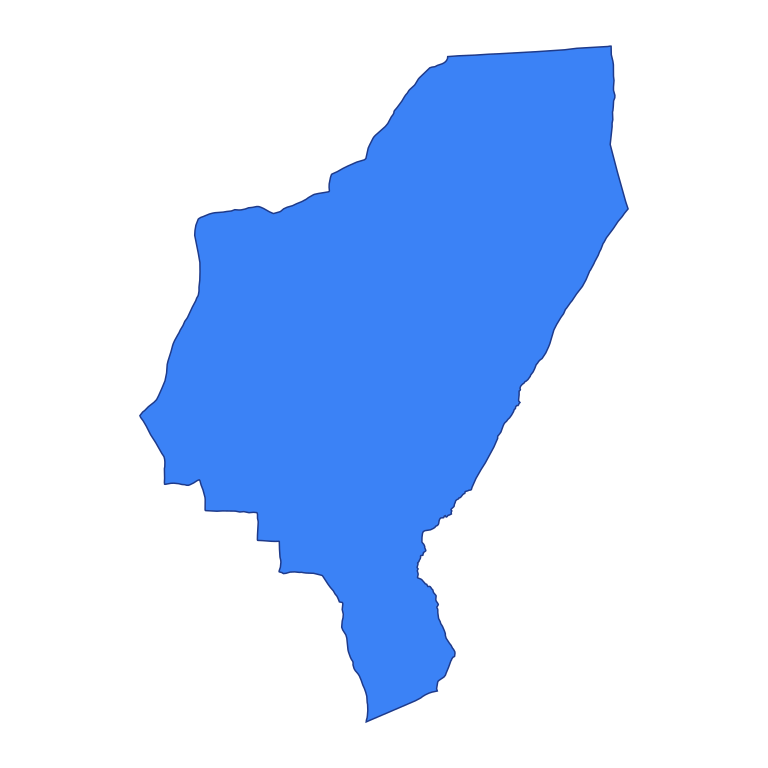 the district of Siha, Kilimanjaro, United Republic of Tanzania
{"feature_id": "72390352B52159147893976", "entity_name": "Siha", "entity_type": "district", "adm_level": 2, "iso_a3": "TZA", "parent_name": "United Republic of Tanzania", "parent_adm1": "Kilimanjaro", "projection": "mercator", "projection_center": [37.068, -3.108], "detail": "fine", "context": "isolated", "style": "filled", "palette": "blue", "viewbox_px": 768, "rotation_deg": 0, "n_neighbors": 0, "source": "geoboundaries", "source_scale": "gbopen_adm2", "svg_char_len": 6094}
<svg xmlns="http://www.w3.org/2000/svg" viewBox="0 0 768 768"><path d="M192.4,307.0L187.6,317.3L186.8,318.6L184.8,321.3L183.0,325.5L180.4,329.8L178.7,333.4L178.2,334.1L174.7,340.4L173.3,343.5L172.6,345.6L171.1,351.3L168.0,361.1L167.2,364.5L166.6,373.0L165.0,380.8L161.9,388.3L158.6,395.7L156.6,399.6L154.1,402.2L148.4,406.7L144.7,410.5L142.7,412.0L139.9,415.6L140.3,416.7L140.9,417.8L143.2,420.9L146.3,426.2L150.6,434.7L155.8,442.8L161.8,453.4L164.0,456.7L164.6,459.2L164.9,462.0L164.8,466.6L164.4,468.6L164.6,478.0L164.4,482.6L164.6,484.2L165.3,484.3L170.9,483.3L173.8,483.2L178.8,483.7L182.0,484.5L184.8,484.7L186.4,485.2L188.2,485.3L189.6,484.9L193.7,482.9L197.2,480.6L199.1,479.8L199.5,480.0L200.0,480.9L201.1,485.0L203.0,489.9L205.0,497.4L205.2,499.6L205.1,509.7L205.3,510.4L205.6,510.6L216.9,511.2L222.7,510.9L235.3,511.1L239.8,512.0L243.8,511.6L249.0,512.7L253.5,512.3L256.7,512.6L257.2,513.1L257.5,514.5L257.5,518.3L258.1,520.9L258.2,522.4L257.5,535.0L257.4,539.7L257.6,540.3L257.8,540.4L262.3,540.6L271.6,541.3L275.3,541.4L278.7,541.3L279.3,541.5L279.5,549.3L280.0,557.1L280.7,560.1L280.9,562.2L280.4,567.2L279.2,570.7L279.1,571.7L279.4,571.9L282.0,572.6L282.4,573.0L283.5,573.6L286.0,573.3L290.1,572.1L294.7,571.9L299.3,572.4L301.7,572.3L303.0,572.6L306.0,573.0L313.6,573.3L320.5,575.0L322.2,575.5L322.8,576.2L328.0,584.2L330.5,587.6L333.3,590.8L335.1,594.0L337.0,596.3L338.1,598.6L339.4,601.9L341.9,602.4L342.3,602.5L342.7,603.2L342.8,604.1L342.2,609.5L343.3,614.2L343.0,617.8L342.2,621.1L341.7,627.2L342.7,629.9L345.8,634.8L346.1,635.7L346.8,638.2L348.0,649.9L348.5,652.0L350.3,657.1L351.4,659.4L352.8,661.5L353.1,663.0L353.0,664.9L354.1,668.7L355.3,670.7L357.9,673.7L359.3,675.8L361.2,680.3L362.8,685.0L364.4,688.5L365.8,692.5L366.8,696.3L367.2,702.5L367.6,704.5L367.8,710.5L367.4,715.6L367.1,717.8L366.4,720.1L366.2,721.9L415.3,700.8L420.8,697.9L422.6,696.5L425.4,694.8L428.8,693.2L432.1,692.1L437.3,691.0L436.6,688.6L437.7,682.1L438.1,681.2L439.4,680.1L444.1,676.9L445.5,675.0L445.9,673.7L448.6,667.2L450.9,660.8L451.5,659.9L451.8,658.9L453.0,657.2L453.8,656.9L454.6,656.3L455.0,653.1L454.8,651.7L453.5,649.3L452.5,648.1L451.1,645.4L449.4,643.2L446.2,638.3L445.4,635.6L445.3,633.5L444.3,630.6L442.5,626.4L440.7,623.5L440.2,621.7L438.6,618.5L437.8,612.7L437.8,609.8L437.6,608.9L436.9,607.7L436.9,607.0L438.0,605.3L438.3,604.4L437.8,603.4L436.3,601.2L435.9,600.2L435.8,599.3L436.1,596.3L436.0,595.5L433.5,592.5L432.8,589.9L431.5,588.6L431.1,587.8L430.2,586.7L429.6,586.4L427.8,586.5L426.7,584.3L425.2,583.8L425.0,583.4L421.8,579.7L420.9,579.1L417.8,577.9L417.5,577.3L418.1,574.7L418.1,573.8L417.3,570.9L417.5,570.1L418.1,568.9L417.3,567.9L417.1,567.3L418.0,564.1L418.0,563.6L417.6,563.2L417.7,562.8L418.9,561.6L419.3,560.3L420.3,558.6L420.6,557.2L420.5,556.2L420.8,555.6L422.8,555.3L422.9,554.2L423.3,553.9L423.4,553.5L423.3,552.9L423.7,552.4L425.6,551.0L425.8,550.3L424.7,547.6L424.7,546.3L424.3,545.5L423.9,544.5L422.2,542.5L421.9,541.7L422.0,537.2L422.5,533.5L422.9,532.3L423.5,531.5L424.8,530.7L430.5,529.8L433.2,528.5L434.8,527.5L435.8,526.2L437.3,525.5L438.2,524.6L438.6,523.7L439.2,520.4L439.7,519.2L440.4,518.2L441.1,517.9L443.6,517.7L444.0,517.0L444.2,516.3L445.2,515.7L445.8,516.7L446.3,517.0L447.1,516.6L448.1,515.3L449.4,515.0L451.4,514.0L451.2,512.1L451.7,511.3L451.8,510.8L451.3,510.3L451.0,509.7L451.3,509.0L454.0,506.5L454.6,503.6L455.1,502.9L455.5,501.3L455.9,500.5L457.1,499.5L458.1,499.1L458.7,498.6L459.0,497.9L460.0,497.7L461.0,496.9L462.7,494.7L463.7,493.8L464.7,493.5L465.0,492.8L465.0,492.0L465.4,491.5L467.9,490.8L468.7,490.3L470.8,490.0L471.4,489.5L472.0,487.4L476.0,478.4L481.1,469.5L485.3,462.9L493.9,447.0L497.7,438.3L497.6,437.2L497.9,435.9L499.0,434.7L500.9,432.1L503.1,426.0L504.0,424.0L505.0,422.6L506.5,421.3L507.9,419.4L509.6,417.8L511.5,415.2L513.5,411.7L514.3,409.4L515.1,408.9L515.5,408.3L515.6,407.0L516.2,406.1L516.9,405.5L517.9,405.6L518.5,404.9L519.0,403.6L520.0,402.5L518.7,401.0L518.6,399.8L519.1,394.9L519.1,391.1L520.0,390.4L520.4,389.6L520.0,388.3L520.3,387.1L520.8,386.0L522.3,384.3L524.0,383.1L525.1,381.5L525.9,381.3L527.9,379.6L530.2,376.4L530.7,375.0L533.1,371.9L534.7,368.6L536.2,364.7L537.5,363.2L538.6,361.5L539.9,360.1L542.1,358.5L545.8,352.9L548.6,346.8L549.9,343.5L553.9,329.9L556.7,324.4L560.8,317.6L563.6,313.7L565.4,309.5L566.6,308.1L570.4,302.7L572.0,300.8L576.5,294.0L582.4,286.4L586.1,279.6L589.7,271.0L590.5,270.0L594.0,263.5L594.6,262.0L598.2,255.3L599.5,251.9L600.9,249.3L603.1,243.5L604.0,242.3L606.4,237.8L613.3,228.6L618.1,221.4L622.1,216.7L624.4,213.4L628.1,208.9L625.7,201.7L617.3,171.7L610.2,144.5L612.1,126.8L612.1,123.1L612.8,119.8L612.5,111.9L612.9,110.7L613.3,106.4L613.6,100.8L614.8,97.8L614.9,95.3L613.5,90.3L613.5,86.9L614.0,80.5L613.5,76.2L613.4,64.7L612.9,61.3L611.3,54.7L611.1,46.2L610.1,46.1L607.8,46.5L576.7,48.3L564.6,49.8L536.2,51.7L498.3,53.8L488.8,54.2L475.1,55.1L458.5,55.8L447.7,56.6L447.5,58.6L446.5,60.5L445.4,61.8L443.6,63.1L441.9,63.9L437.4,65.4L434.9,66.7L432.0,67.1L429.8,67.8L419.4,77.8L418.3,79.1L415.1,84.4L414.4,85.3L409.9,89.4L408.9,90.5L407.3,93.1L405.7,94.9L404.6,96.5L401.8,101.2L397.2,107.4L394.4,110.7L394.0,111.7L393.8,113.1L393.1,114.5L391.3,116.9L387.8,123.5L385.2,126.6L375.4,135.3L374.0,136.8L373.0,138.3L369.8,144.6L368.2,148.1L365.9,158.5L364.7,159.6L364.1,159.9L356.7,162.1L348.3,165.8L343.0,168.4L337.4,171.6L331.9,174.1L331.5,174.5L330.5,177.3L329.2,183.9L329.1,187.4L329.4,190.9L329.1,191.5L328.1,191.9L318.3,193.5L314.6,194.3L313.5,194.7L308.4,197.6L306.3,199.2L301.6,201.7L296.4,203.8L292.5,205.7L287.2,207.2L284.8,208.3L283.7,208.8L280.6,211.4L279.7,211.8L273.7,213.5L273.0,213.4L269.6,211.9L263.6,208.5L260.7,207.2L258.9,206.6L256.9,206.5L252.3,207.4L248.5,207.8L245.3,209.0L241.1,209.9L239.0,210.0L234.8,209.7L231.3,211.0L226.6,211.5L223.2,212.1L215.1,212.7L212.8,213.1L209.4,214.0L202.8,216.7L200.8,217.4L199.0,218.5L198.2,219.2L195.9,225.2L195.0,230.4L194.7,235.3L198.3,253.3L199.9,262.6L200.0,271.9L199.8,280.0L199.0,287.1L199.0,291.1L198.4,294.6L198.1,295.7L196.7,298.1L195.7,300.8L192.4,307.0Z" fill="#3b82f6" stroke="#1e3a8a" stroke-width="1.5"/></svg>